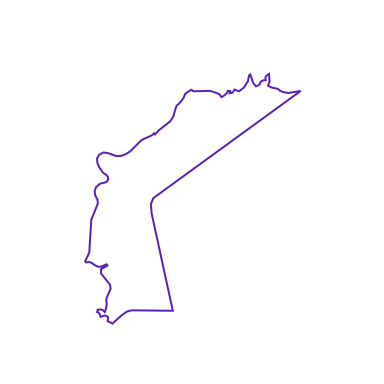 map outline of Mindoro Oriental (Mercator projection), rotated 234°
{"feature_id": "PHL-2571", "entity_name": "Mindoro Oriental", "entity_type": "Province", "adm_level": 1, "iso_a3": "PHL", "parent_name": "Philippines", "parent_adm1": "", "projection": "mercator", "projection_center": [121.298, 12.875], "detail": "fine", "context": "isolated", "style": "outline", "palette": "violet", "viewbox_px": 384, "rotation_deg": 234, "n_neighbors": 0, "source": "natural_earth", "source_scale": "10m", "svg_char_len": 1694}
<svg xmlns="http://www.w3.org/2000/svg" viewBox="0 0 384 384"><g transform="rotate(234 192 192)"><path d="M132.2,50.5L137.1,47.8L139.9,50.5L141.8,49.9L143.5,48.7L144.7,44.7L147.8,45.6L148.8,45.5L150.7,44.7L150.9,45.6L152.2,46.4L151.2,48.4L149.9,49.8L148.3,50.7L146.2,50.9L147.5,52.9L149.7,55.5L152.2,57.7L154.5,58.7L156.5,60.7L161.5,69.2L165.0,71.2L179.4,70.5L183.0,73.0L182.2,80.4L183.7,80.4L184.1,79.0L184.7,75.5L185.2,74.2L186.1,72.9L186.5,72.4L188.2,71.2L190.4,70.2L193.2,69.3L195.8,67.8L197.3,64.9L198.8,64.9L203.3,73.2L228.7,94.2L238.0,109.0L241.5,111.1L246.3,111.8L249.9,113.7L252.2,117.0L252.8,121.9L252.2,124.2L251.0,126.6L250.4,129.0L251.2,131.3L253.7,132.9L256.2,132.7L258.6,131.8L261.0,131.3L266.2,131.5L271.1,132.5L274.9,134.8L276.8,139.1L275.9,143.7L273.0,146.8L265.5,151.9L262.9,155.9L261.5,160.8L261.2,166.2L263.5,180.0L263.4,183.6L261.4,192.9L261.8,195.9L260.3,195.9L261.5,202.1L262.0,216.2L264.1,221.3L270.1,229.0L270.9,230.5L271.1,233.3L271.9,236.9L273.1,240.4L275.3,244.1L275.5,245.7L275.2,251.5L274.5,252.0L273.5,251.9L272.3,252.8L263.7,265.4L261.1,267.7L255.7,271.3L254.0,271.8L252.5,271.4L251.5,271.6L251.2,273.7L251.3,277.4L251.8,278.9L252.8,280.5L251.2,282.2L249.8,280.5L249.0,282.0L248.6,283.2L248.9,284.5L249.8,286.6L245.8,289.2L246.0,295.5L248.8,302.4L252.8,306.7L252.8,308.2L244.0,305.6L239.8,305.9L239.2,309.9L240.4,311.3L240.8,313.1L240.4,315.3L239.2,317.4L241.1,318.4L242.0,319.6L242.3,321.3L242.3,323.7L235.7,319.6L233.3,315.9L230.1,317.6L224.9,322.1L222.1,322.8L219.4,324.4L215.4,328.2L209.9,339.3L209.8,157.1L206.4,151.6L198.3,146.7L107.2,106.7L131.9,73.4L133.5,68.9L133.6,63.0L132.5,51.9L132.2,50.5Z" fill="none" stroke="#5b21b6" stroke-width="2"/></g></svg>